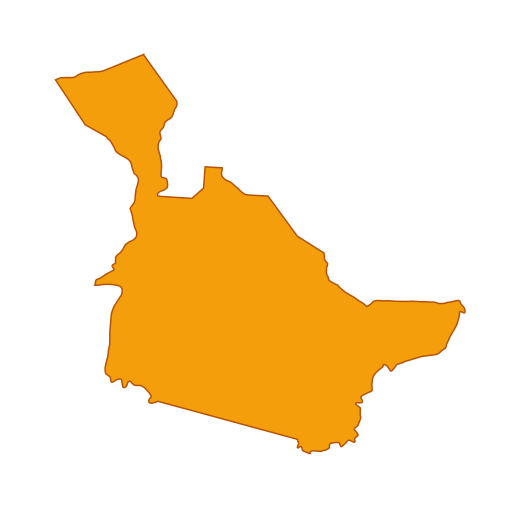 the district of Santa Maria, La Paz, Honduras, rotated 184°
{"feature_id": "27666195B95776032700257", "entity_name": "Santa Maria", "entity_type": "district", "adm_level": 2, "iso_a3": "HND", "parent_name": "Honduras", "parent_adm1": "La Paz", "projection": "albers", "projection_center": [-87.93, 14.257], "detail": "fine", "context": "isolated", "style": "filled", "palette": "amber", "viewbox_px": 512, "rotation_deg": 184, "n_neighbors": 0, "source": "geoboundaries", "source_scale": "gbopen_adm2", "svg_char_len": 6040}
<svg xmlns="http://www.w3.org/2000/svg" viewBox="0 0 512 512"><g transform="rotate(184 256 256)"><path d="M49.3,225.1L50.9,225.7L51.9,225.7L53.8,225.2L55.8,224.5L57.5,224.1L59.5,223.3L61.3,223.3L62.8,222.5L64.0,222.1L66.1,221.7L68.7,221.4L70.1,221.4L75.7,222.5L77.8,222.2L85.4,222.2L87.5,221.9L96.7,221.8L102.2,221.2L112.5,220.6L119.7,220.6L123.7,220.4L126.2,220.0L129.3,220.2L132.6,220.0L134.2,219.6L135.6,219.0L138.1,216.2L141.0,213.8L141.9,213.3L145.2,215.8L146.5,216.6L147.7,217.3L149.5,218.0L152.0,219.6L156.8,222.4L159.6,223.6L164.7,226.3L170.6,230.7L172.9,232.9L174.1,233.1L175.7,233.9L179.6,235.6L181.1,236.5L181.8,237.4L182.5,239.7L183.1,241.0L184.1,242.5L184.6,243.9L184.8,249.5L184.1,251.7L184.0,252.8L184.1,253.6L184.3,254.0L186.4,255.7L187.3,257.5L187.5,258.3L187.6,259.8L188.4,263.7L216.2,278.7L248.2,316.6L268.1,316.3L270.3,316.5L271.9,317.1L274.0,318.2L275.1,319.0L276.3,320.0L278.9,322.5L279.5,322.9L280.5,323.3L285.8,327.5L287.2,328.1L291.9,330.0L293.3,331.0L294.7,332.2L295.3,332.9L295.7,333.6L296.1,335.5L296.2,336.7L295.8,339.4L295.9,341.6L313.0,341.4L313.0,320.2L323.9,309.0L357.9,308.8L358.5,310.1L358.7,311.3L357.4,312.7L356.7,313.3L352.1,315.7L350.2,317.1L349.6,317.7L349.3,318.3L349.1,319.0L349.1,320.0L349.5,323.5L350.0,324.6L350.1,325.7L350.5,326.3L351.1,326.9L351.9,327.4L354.0,327.6L355.4,328.0L356.0,328.7L356.4,330.2L356.5,330.8L356.4,334.6L356.4,337.9L356.6,340.4L356.9,342.9L357.4,344.8L358.0,346.2L358.5,348.9L360.7,355.0L361.3,357.7L361.2,360.6L360.8,362.7L360.5,363.7L359.8,364.6L359.7,365.3L359.1,365.9L359.0,366.5L359.2,367.9L360.4,371.5L360.5,372.4L360.5,373.3L360.2,374.1L357.8,377.2L357.3,378.1L356.4,382.1L355.9,383.5L355.2,384.2L350.4,387.9L349.6,389.1L348.6,391.7L348.3,392.8L348.1,394.4L347.8,395.5L346.9,397.6L345.8,399.6L345.5,401.8L345.6,403.8L345.8,404.8L382.2,448.9L382.2,449.2L421.6,429.9L425.7,428.8L428.4,428.6L433.8,427.8L437.6,427.5L439.6,427.2L443.4,425.7L446.5,423.9L449.0,422.0L450.8,421.4L453.0,421.1L459.7,420.6L463.4,420.1L466.2,418.9L468.3,417.7L435.5,375.0L413.6,364.6L412.2,362.8L409.9,361.1L408.6,359.6L405.3,354.8L403.5,351.3L402.1,349.8L401.0,349.0L398.5,347.6L391.6,344.4L389.7,343.1L388.5,342.0L387.6,340.8L387.0,339.5L385.3,334.4L384.1,331.5L383.6,330.3L383.0,329.6L381.5,328.7L380.6,327.8L379.3,326.2L378.7,325.0L378.6,323.5L378.8,321.1L379.2,318.5L380.1,315.0L380.3,313.7L380.6,309.5L380.6,303.7L380.8,302.2L381.1,301.2L381.6,300.1L384.4,295.7L384.8,294.7L384.8,294.3L383.9,292.3L382.2,287.7L381.0,282.7L379.2,276.7L378.7,275.3L377.4,273.1L376.8,271.6L376.5,270.4L376.5,269.1L376.5,268.1L376.8,267.0L377.6,265.4L379.3,263.7L380.7,262.7L382.8,261.6L384.0,260.9L385.4,259.7L386.6,258.6L387.9,256.7L389.2,253.5L390.6,251.3L391.5,250.0L394.6,247.0L395.5,245.8L395.9,245.0L396.0,244.2L395.7,240.9L395.7,239.2L396.2,238.6L398.1,237.4L398.6,236.8L398.8,236.2L398.8,235.7L398.5,235.1L398.0,234.5L397.1,233.6L396.8,233.1L396.7,232.6L396.9,232.1L397.5,231.6L399.6,230.4L403.9,227.7L407.5,224.8L409.1,223.6L410.8,222.6L413.2,221.5L413.7,221.0L414.1,220.2L414.3,219.1L414.4,216.2L414.8,215.5L410.7,216.0L407.0,216.9L403.5,217.3L400.3,217.5L397.0,217.5L391.5,216.9L389.8,216.4L388.4,215.5L387.4,213.9L387.1,211.9L387.0,209.6L387.6,207.5L390.4,202.7L394.2,195.6L395.4,191.8L396.1,189.1L396.3,185.8L396.5,169.0L396.1,164.1L395.8,157.3L396.7,151.1L396.7,147.8L397.0,144.7L397.7,140.9L398.7,134.9L398.6,131.5L397.9,128.5L395.1,126.4L393.7,125.6L393.0,125.1L392.7,124.4L392.3,122.3L392.0,120.8L391.8,120.4L391.4,120.2L390.7,120.1L389.9,120.4L388.9,121.0L387.6,122.2L385.9,123.2L383.8,123.7L382.5,123.8L381.9,123.7L381.5,123.2L381.0,121.3L380.7,118.9L380.1,117.9L379.8,116.4L379.3,115.8L378.9,115.5L378.4,115.5L377.8,115.7L377.1,116.2L376.5,116.8L376.1,117.3L374.9,121.3L374.3,121.9L373.5,122.2L373.0,122.2L372.5,122.0L369.4,119.3L368.2,118.7L366.8,118.5L362.3,118.8L361.6,118.6L360.6,118.2L358.5,117.1L356.9,115.9L353.1,112.1L351.1,109.6L350.7,108.9L350.9,108.0L351.3,107.2L352.0,106.5L352.4,105.9L352.7,105.1L352.9,104.3L352.8,103.5L352.5,102.7L352.0,102.2L351.3,101.9L350.4,101.9L349.2,102.1L346.4,102.9L343.8,104.2L343.1,104.1L201.8,76.0L201.4,74.1L200.4,72.4L200.5,71.4L201.1,69.7L201.4,68.5L201.4,68.0L201.2,67.6L200.8,67.5L200.4,67.5L198.9,68.8L198.3,69.0L197.6,69.0L197.1,68.4L196.3,66.1L196.0,65.4L195.6,65.0L194.5,64.5L191.1,63.5L189.6,62.8L188.3,62.8L188.6,63.2L188.5,63.9L187.3,65.1L186.6,65.5L184.1,65.7L178.5,65.6L176.7,65.9L175.1,66.8L173.2,67.1L170.0,69.1L169.7,69.5L169.5,70.1L169.5,72.0L169.3,73.4L168.8,74.0L168.0,74.5L163.9,75.5L161.5,75.6L160.2,75.6L159.8,75.2L159.0,73.6L158.3,72.1L158.0,71.8L157.6,71.8L157.0,72.0L156.0,72.9L152.8,76.6L151.7,78.1L151.1,78.6L150.4,78.7L149.5,78.6L145.7,77.2L144.8,77.1L144.4,77.4L144.3,77.8L144.4,78.4L144.5,79.2L145.0,80.0L144.9,80.7L144.1,81.9L142.4,83.3L141.9,84.0L141.7,84.7L142.3,85.8L143.9,87.9L145.4,89.1L145.7,89.7L145.7,90.2L145.5,90.8L145.1,91.5L143.2,93.3L142.4,94.3L140.8,99.5L140.4,101.3L140.3,102.5L140.5,103.2L141.0,104.7L141.3,111.6L142.3,112.5L144.3,113.7L145.4,114.6L146.1,115.4L146.2,115.7L146.2,116.0L145.9,116.5L145.0,116.7L140.8,116.9L140.2,117.1L139.7,117.8L139.7,118.6L139.9,119.4L140.7,120.6L141.2,121.8L141.5,122.7L141.3,123.5L136.8,126.3L131.5,129.2L130.9,129.7L130.8,130.6L131.4,134.9L131.4,137.6L131.2,141.4L130.6,144.1L130.1,145.1L129.4,146.4L127.4,148.9L125.4,151.1L122.7,153.4L121.7,154.5L121.5,155.1L121.6,156.0L121.3,156.4L120.7,156.7L120.0,156.7L118.9,156.2L117.3,155.2L114.0,150.9L113.5,150.7L113.0,150.7L112.5,151.0L112.0,151.5L109.7,154.6L108.6,156.8L108.0,157.4L107.3,157.9L102.3,159.8L100.5,161.0L99.6,161.4L96.0,162.7L85.0,166.9L83.0,167.5L71.9,169.7L69.2,170.4L67.8,171.1L66.5,172.0L63.8,174.9L62.6,175.8L61.3,176.6L60.7,177.2L60.1,178.3L60.0,179.9L59.6,181.6L58.9,183.3L56.5,189.9L53.2,196.4L50.9,201.5L49.3,208.7L48.9,211.8L49.0,212.7L49.0,213.7L48.8,214.6L48.5,214.9L48.1,214.9L45.4,214.1L44.5,213.7L44.0,213.9L43.7,214.4L43.7,215.3L43.8,216.5L44.0,217.4L44.5,218.4L45.3,219.6L47.4,221.6L48.2,222.6L48.9,223.7L49.3,225.1Z" fill="#f59e0b" stroke="#b45309" stroke-width="1.5"/></g></svg>